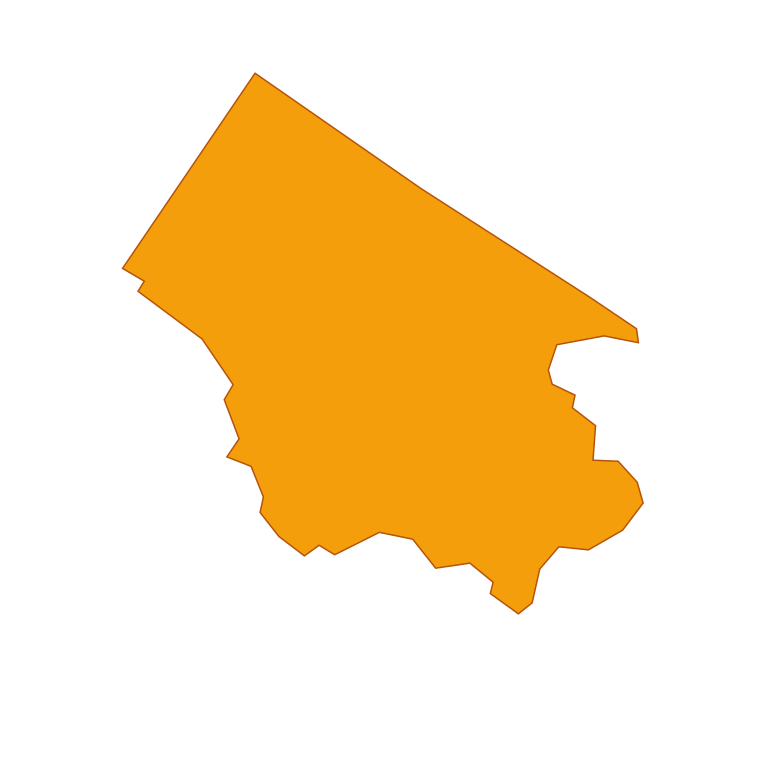 the district of Clear Creek, Colorado, United States of America, rotated 214°
{"feature_id": "52423323B93273750320720", "entity_name": "Clear Creek", "entity_type": "district", "adm_level": 2, "iso_a3": "USA", "parent_name": "United States of America", "parent_adm1": "Colorado", "projection": "robinson", "projection_center": [-105.736, 39.708], "detail": "fine", "context": "isolated", "style": "filled", "palette": "amber", "viewbox_px": 768, "rotation_deg": 214, "n_neighbors": 0, "source": "geoboundaries", "source_scale": "gbopen_adm2", "svg_char_len": 699}
<svg xmlns="http://www.w3.org/2000/svg" viewBox="0 0 768 768"><g transform="rotate(214 384 384)"><path d="M104.4,396.3L102.6,430.2L119.1,444.1L146.7,450.9L168.1,437.7L185.3,467.7L214.5,469.6L219.4,481.6L244.5,477.9L255.6,487.5L262.7,513.2L228.5,546.9L196.2,560.5L205.5,571.0L262.0,571.0L463.1,566.7L664.7,569.5L665.4,333.6L640.2,335.2L639.8,323.3L560.0,319.6L508.7,299.1L507.7,281.7L473.5,257.5L473.5,235.7L448.1,241.4L420.8,222.9L414.9,208.2L385.8,198.8L353.9,197.0L347.6,214.0L329.4,214.9L304.9,258.4L273.4,271.4L238.2,260.2L212.7,283.5L182.7,280.7L178.7,269.7L144.1,268.6L138.8,285.4L151.4,317.7L148.0,346.8L121.8,360.8L104.4,396.3Z" fill="#f59e0b" stroke="#b45309" stroke-width="1.5"/></g></svg>